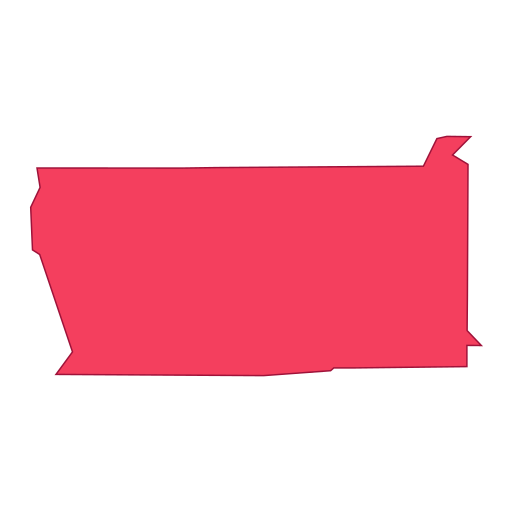 the district of Dougherty, Georgia, United States of America
{"feature_id": "52423323B49559413251956", "entity_name": "Dougherty", "entity_type": "district", "adm_level": 2, "iso_a3": "USA", "parent_name": "United States of America", "parent_adm1": "Georgia", "projection": "albers", "projection_center": [-84.195, 31.543], "detail": "fine", "context": "isolated", "style": "filled", "palette": "rose", "viewbox_px": 512, "rotation_deg": 0, "n_neighbors": 0, "source": "geoboundaries", "source_scale": "gbopen_adm2", "svg_char_len": 436}
<svg xmlns="http://www.w3.org/2000/svg" viewBox="0 0 512 512"><path d="M181.8,168.1L37.0,168.0L40.1,187.4L30.7,207.3L32.5,249.9L39.7,254.5L53.5,295.5L72.5,351.9L56.0,374.4L263.6,375.6L330.6,370.7L333.8,367.9L354.5,367.9L466.9,366.6L466.9,345.4L481.3,345.5L467.1,330.6L467.4,295.5L468.0,164.4L452.5,155.0L470.6,136.7L446.9,136.4L436.9,138.6L423.4,166.2L216.6,167.6L181.8,168.1Z" fill="#f43f5e" stroke="#9f1239" stroke-width="1.5"/></svg>